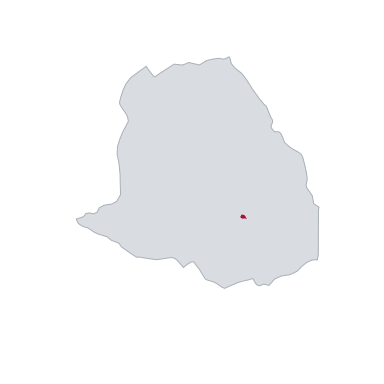 Zvishavane Urban, Midlands, Zimbabwe (highlighted), rotated 324°
{"feature_id": "62879985B32453879798080", "entity_name": "Zvishavane Urban", "entity_type": "district", "adm_level": 2, "iso_a3": "ZWE", "parent_name": "Zimbabwe", "parent_adm1": "Midlands", "projection": "equal_earth", "projection_center": [30.044, -20.326], "detail": "fine", "context": "in_parent", "style": "filled", "palette": "rose", "viewbox_px": 384, "rotation_deg": 324, "n_neighbors": 0, "source": "geoboundaries", "source_scale": "gbopen_adm2", "svg_char_len": 2768}
<svg xmlns="http://www.w3.org/2000/svg" viewBox="0 0 384 384"><g transform="rotate(324 192 192)"><path d="M253.5,320.6L250.9,318.5L247.5,317.1L243.1,316.4L237.3,316.7L230.3,317.9L222.7,316.4L214.6,312.4L207.9,311.0L199.9,312.7L199.5,312.8L198.1,311.4L195.9,308.5L192.3,307.9L191.3,307.3L190.5,306.2L189.9,304.8L189.7,303.2L190.3,298.4L190.0,297.8L189.0,297.2L187.0,296.7L182.1,294.5L176.1,292.3L166.2,290.0L162.4,289.4L161.5,288.7L160.4,286.9L158.5,281.3L156.7,277.6L152.4,271.9L151.7,270.2L151.9,265.6L152.2,262.0L152.6,258.9L152.4,256.0L152.3,252.4L152.4,250.0L151.9,248.9L150.3,248.2L145.9,247.8L140.6,248.0L140.4,244.3L139.9,238.6L138.9,235.4L137.6,233.7L135.2,231.9L130.2,229.5L123.4,225.8L117.6,220.3L111.0,213.5L108.9,212.3L106.4,205.9L102.6,194.9L102.8,191.3L102.2,189.5L98.6,184.1L97.7,181.3L97.1,178.5L91.2,170.6L89.3,167.1L87.7,162.7L86.2,159.1L84.9,157.7L83.3,155.3L82.1,152.5L81.6,150.5L82.0,147.7L82.5,145.8L88.0,147.8L91.0,148.0L93.3,147.0L96.3,148.3L99.7,151.9L103.5,152.6L107.6,150.3L113.1,151.0L120.1,154.6L125.8,155.3L132.7,152.1L138.7,143.3L144.4,135.1L150.0,125.5L153.4,117.8L158.4,111.5L165.0,106.6L171.7,102.5L182.0,97.5L184.0,93.4L184.7,88.9L184.7,82.6L185.2,78.5L186.3,76.6L188.0,75.2L190.2,73.3L197.0,68.5L202.7,65.5L209.6,63.5L217.2,63.4L224.5,63.4L228.7,63.4L228.7,69.5L229.0,76.3L229.8,76.9L235.3,77.1L244.2,77.6L252.6,78.0L258.1,83.0L259.9,84.0L265.5,85.3L272.7,93.6L281.3,94.3L287.3,96.9L292.5,99.7L295.5,103.1L297.5,103.9L300.1,104.1L301.4,104.4L301.1,106.9L299.3,111.0L299.5,116.9L301.9,125.1L302.2,132.2L301.4,144.7L301.3,156.9L301.6,161.2L301.9,164.1L302.4,165.6L302.3,167.4L300.9,172.5L299.7,177.9L299.6,180.0L299.2,181.5L298.3,182.8L294.5,185.3L293.9,186.8L293.9,189.6L294.3,191.9L295.7,192.8L297.4,194.1L298.1,195.8L298.1,197.6L297.5,201.0L296.0,206.6L297.5,213.1L299.1,217.2L301.4,222.1L302.4,225.1L302.3,227.2L301.9,229.3L298.4,238.1L295.9,243.6L292.8,249.4L288.7,253.1L287.7,254.9L287.2,256.9L287.3,261.3L287.1,265.8L283.6,272.9L285.8,279.0L285.3,279.5L284.1,280.4L279.1,287.2L274.0,294.1L270.4,299.1L266.2,304.8L261.5,311.3L257.5,316.7L253.5,320.6Z" fill="#d9dde1" stroke="#a8b0b8" stroke-width="1"/><path d="M217.5,240.9L217.3,241.0L217.2,241.0L217.2,241.3L217.1,241.5L217.4,241.8L217.5,241.9L217.5,242.0L217.6,241.9L217.6,242.0L217.8,242.0L217.9,242.3L217.9,242.2L217.9,242.3L218.0,242.3L218.0,242.2L218.2,242.3L218.3,242.4L218.4,242.5L218.5,242.7L218.5,242.8L218.8,242.9L218.8,243.0L218.8,243.3L219.0,243.3L219.1,243.5L219.3,243.6L219.5,243.6L219.7,243.8L219.8,243.8L219.8,243.7L219.9,243.8L220.0,244.0L220.1,243.5L220.1,243.1L220.2,242.2L219.7,241.7L219.8,241.5L219.4,241.2L219.3,240.9L219.3,240.7L219.2,240.6L218.9,240.7L218.5,240.3L218.2,240.5L217.5,240.9Z" fill="#f43f5e" stroke="#9f1239" stroke-width="1.5"/></g></svg>